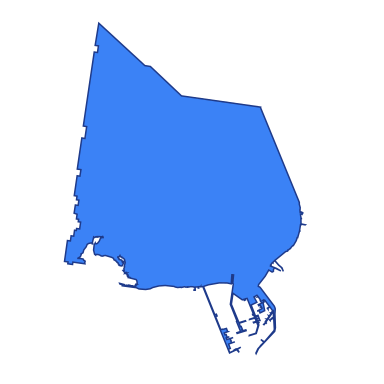 the district of 75, Al Khawr, Qatar, rotated 98°
{"feature_id": "91078587B7321304158437", "entity_name": "75", "entity_type": "district", "adm_level": 2, "iso_a3": "QAT", "parent_name": "Qatar", "parent_adm1": "Al Khawr", "projection": "natural_earth1", "projection_center": [51.575, 25.836], "detail": "fine", "context": "isolated", "style": "filled", "palette": "blue", "viewbox_px": 384, "rotation_deg": 98, "n_neighbors": 0, "source": "geoboundaries", "source_scale": "gbopen_adm2", "svg_char_len": 6071}
<svg xmlns="http://www.w3.org/2000/svg" viewBox="0 0 384 384"><g transform="rotate(98 192 192)"><path d="M37.8,307.8L60.3,308.3L60.3,305.0L67.0,305.0L67.0,308.3L141.8,308.8L141.9,305.4L153.9,305.5L153.8,308.6L185.3,308.8L185.3,305.1L191.9,305.2L191.9,308.0L212.0,308.1L212.1,305.3L215.8,305.3L215.8,302.9L221.1,302.9L221.1,305.7L229.4,305.8L230.0,302.7L234.8,302.7L234.8,300.5L237.3,300.5L237.3,298.1L244.2,298.1L244.2,301.2L246.2,301.2L246.2,303.0L252.2,303.0L252.2,305.6L257.4,305.6L257.4,308.6L278.5,308.6L278.5,305.0L280.4,305.0L280.4,300.2L278.0,300.2L278.0,288.0L276.6,288.5L275.8,288.1L275.7,287.5L275.7,288.0L274.8,288.8L274.8,289.7L273.5,290.5L273.4,293.2L273.6,295.1L273.4,295.2L273.9,296.3L271.5,293.5L269.3,293.0L268.8,293.3L267.4,291.5L264.4,291.1L261.1,289.2L258.4,288.5L257.3,287.1L256.2,283.9L256.5,283.6L257.2,284.4L256.8,283.9L257.3,283.6L257.1,283.0L256.2,283.6L250.2,283.1L250.7,282.2L249.7,281.1L249.4,279.8L249.9,280.1L249.8,279.2L248.9,277.0L249.1,276.5L248.8,275.0L248.1,273.7L249.3,274.7L249.5,273.0L249.6,274.7L250.5,276.2L253.6,277.0L255.9,278.4L256.6,279.3L256.5,280.4L255.9,280.7L258.3,281.5L263.2,281.4L267.2,279.8L267.8,278.7L267.3,278.7L267.0,276.5L267.2,274.8L268.0,273.0L267.9,271.3L267.3,270.5L266.9,268.8L267.9,262.3L268.6,260.6L270.2,259.6L270.3,258.2L270.7,258.2L271.6,256.6L272.1,256.5L272.6,255.2L273.4,255.1L274.1,254.0L274.8,254.0L275.1,251.8L274.8,250.9L272.1,250.0L271.2,250.1L271.4,251.1L270.2,251.5L270.7,250.8L270.6,250.1L270.1,250.6L270.1,251.8L269.2,252.1L269.0,254.7L268.1,255.0L268.1,255.5L266.9,256.0L266.9,256.4L266.6,256.4L266.3,255.2L264.9,254.5L266.1,253.8L266.1,252.5L266.8,252.3L267.1,250.8L268.1,249.5L271.2,248.3L275.0,248.8L275.5,248.3L277.3,248.8L278.9,248.3L279.3,249.4L281.1,247.5L280.9,246.5L282.0,247.2L281.3,245.0L282.2,245.8L283.1,243.8L284.0,244.1L284.1,243.3L284.7,243.1L284.5,244.1L285.0,243.8L285.2,242.4L285.6,242.6L285.4,241.4L285.8,241.4L286.5,235.1L287.7,234.2L290.4,233.5L291.0,233.9L291.0,235.3L291.2,234.8L291.9,235.1L291.7,233.9L292.4,234.7L293.5,234.6L293.6,236.8L293.1,237.5L293.5,240.5L293.0,240.5L293.0,241.9L293.5,241.9L293.4,243.9L293.9,243.9L293.8,245.3L293.1,246.1L292.5,251.0L293.1,250.7L293.7,248.0L294.6,248.0L294.5,233.9L295.4,231.0L295.0,224.4L293.7,220.0L292.0,217.5L289.6,211.6L288.3,205.5L288.0,196.5L288.4,195.5L288.6,192.9L287.8,189.7L288.1,189.4L286.8,186.1L287.1,184.9L286.5,183.1L286.9,183.1L285.9,180.1L285.7,177.7L286.2,175.8L288.0,175.4L288.2,176.3L288.6,176.3L288.4,175.4L288.7,175.3L288.9,176.3L289.0,176.3L288.8,175.1L285.7,175.7L285.1,172.6L286.2,172.5L286.2,172.1L284.9,172.5L284.8,171.9L285.6,171.7L284.8,171.8L284.6,171.2L284.6,170.4L285.0,170.4L284.5,170.2L285.3,170.1L284.4,169.9L284.2,168.1L346.2,132.4L341.9,125.9L343.8,123.5L343.5,123.4L341.6,125.3L338.9,122.1L341.0,125.2L341.2,126.5L342.8,128.5L343.4,128.5L345.8,132.2L342.7,134.1L341.6,132.3L337.5,134.6L334.4,128.7L335.9,131.8L334.2,132.8L334.0,132.5L332.0,133.9L330.4,131.0L333.3,137.0L331.7,137.9L330.2,134.9L331.0,137.1L328.4,138.3L328.9,139.5L327.1,140.5L325.2,136.9L325.1,137.4L322.3,138.9L323.8,142.4L323.6,142.7L324.2,144.4L312.0,151.4L311.3,149.9L309.6,150.9L310.4,152.3L284.3,167.3L283.7,167.0L281.6,162.8L278.2,152.3L277.2,144.5L277.5,140.4L268.4,141.0L268.3,140.1L269.2,140.0L269.5,139.7L269.9,140.0L277.4,139.4L276.7,139.2L269.4,139.6L268.5,139.9L268.4,139.3L276.7,138.9L277.3,138.3L297.9,138.4L313.7,129.4L314.0,129.9L323.4,124.5L325.1,128.0L325.8,127.6L321.8,119.1L321.0,119.5L322.6,122.9L321.5,123.5L321.2,122.9L318.3,124.6L318.6,125.3L315.4,127.1L312.4,120.9L312.0,121.2L314.9,127.3L297.7,137.4L286.6,137.3L291.8,127.2L291.1,125.8L292.1,125.1L291.4,124.0L290.4,124.5L290.8,124.0L290.3,124.3L289.7,122.6L304.3,114.2L304.7,115.0L305.5,114.5L305.2,113.8L307.6,112.3L310.0,117.3L310.3,117.3L308.1,112.1L311.2,110.3L312.4,113.1L313.0,112.7L311.7,110.0L315.2,108.0L323.0,109.1L325.9,115.3L326.3,115.3L323.2,108.7L314.4,107.3L311.8,108.9L312.2,106.8L311.6,108.8L311.0,109.3L310.4,108.6L309.8,106.8L309.1,107.2L310.2,109.5L308.6,110.4L307.6,108.5L307.7,108.0L307.0,108.4L307.5,108.6L308.3,110.6L306.7,111.5L305.6,109.1L304.9,109.5L306.1,111.8L295.7,117.7L292.2,112.4L287.3,116.0L285.2,113.3L286.3,112.1L286.8,112.5L286.6,111.8L289.7,108.9L290.0,109.3L290.5,109.0L292.1,107.2L294.4,110.7L295.4,109.9L294.6,108.7L295.9,107.6L296.3,107.8L296.1,107.4L297.3,106.5L297.8,106.5L300.4,110.3L300.7,110.2L300.2,109.1L300.4,108.8L302.3,107.8L299.4,103.5L291.7,106.2L290.9,105.4L289.6,106.9L288.8,106.0L289.6,105.2L289.1,104.8L294.8,99.1L296.6,101.2L297.3,100.5L296.6,100.7L295.0,98.8L298.0,96.0L298.9,95.8L300.7,96.8L300.8,97.3L301.2,96.8L304.1,98.2L303.9,98.8L304.4,98.4L306.9,99.6L307.3,99.9L307.4,100.5L307.7,99.9L310.1,101.4L311.0,101.2L312.5,101.9L313.2,102.2L312.9,103.3L313.4,102.4L313.9,102.5L311.3,101.0L311.7,100.3L311.4,100.1L310.7,100.8L298.9,94.9L305.0,93.8L305.5,94.4L305.2,94.7L305.6,95.2L305.9,95.0L307.8,97.4L308.4,96.7L307.8,96.7L305.6,93.9L305.7,93.5L316.3,91.4L317.8,91.5L330.4,99.5L328.5,103.3L330.8,99.8L334.6,102.8L334.9,102.7L338.1,104.9L342.6,106.3L343.1,106.0L337.7,104.3L318.5,90.7L314.9,90.5L301.2,92.9L296.2,93.3L294.8,93.9L293.4,94.8L277.5,110.7L276.7,111.6L276.3,113.2L274.5,113.2L265.2,107.8L258.6,105.1L260.1,101.6L259.8,100.9L259.1,100.3L257.8,100.6L255.6,99.8L257.8,93.0L255.9,97.7L254.4,103.9L253.5,103.5L253.3,104.0L250.8,102.6L251.0,102.1L250.7,102.2L248.4,100.6L252.4,96.0L254.4,92.8L254.8,92.4L255.1,93.0L255.0,92.3L257.9,90.5L254.5,92.4L252.3,95.9L248.3,100.5L237.9,90.9L237.2,89.1L236.0,88.9L236.0,88.4L234.4,87.1L234.4,86.7L232.8,86.0L231.0,84.7L231.0,84.2L225.7,82.0L222.5,81.5L222.5,81.0L215.7,80.1L215.6,79.0L215.6,79.9L215.1,80.1L209.0,80.0L208.6,79.6L208.9,79.2L208.6,79.1L208.7,78.7L208.8,75.3L208.7,75.2L208.4,79.6L203.3,80.4L202.9,79.3L203.1,80.3L198.7,81.6L198.5,80.0L198.9,80.7L198.6,79.8L197.3,79.3L197.1,79.8L197.5,79.5L198.1,79.7L196.8,80.3L197.0,82.1L194.8,82.6L194.7,82.1L194.7,82.5L192.3,82.7L189.3,84.0L187.3,84.3L99.1,135.8L98.4,135.8L98.3,215.8L73.5,250.7L73.4,256.3L37.8,307.8Z" fill="#3b82f6" stroke="#1e3a8a" stroke-width="1.5"/></g></svg>